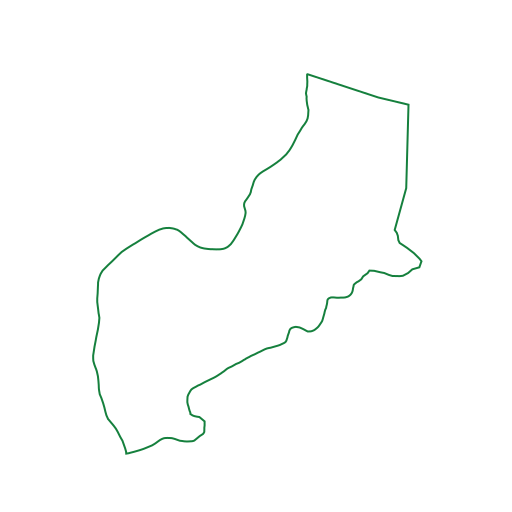 outline of Ti Riviere, Micoud, Saint Lucia, rotated 74°
{"feature_id": "8701671B16268299103818", "entity_name": "Ti Riviere", "entity_type": "district", "adm_level": 2, "iso_a3": "LCA", "parent_name": "Saint Lucia", "parent_adm1": "Micoud", "projection": "natural_earth1", "projection_center": [-60.937, 13.83], "detail": "fine", "context": "isolated", "style": "outline", "palette": "green", "viewbox_px": 512, "rotation_deg": 74, "n_neighbors": 0, "source": "geoboundaries", "source_scale": "gbopen_adm2", "svg_char_len": 5387}
<svg xmlns="http://www.w3.org/2000/svg" viewBox="0 0 512 512"><g transform="rotate(74 256 256)"><path d="M95.5,156.3L95.6,156.8L97.2,157.3L98.7,157.7L102.6,158.6L104.7,159.3L106.7,159.9L107.9,160.5L109.3,161.2L109.9,161.4L111.2,162.1L113.3,163.1L115.0,163.3L116.8,163.4L118.5,164.0L119.0,164.1L120.8,164.5L124.9,165.1L127.4,165.2L128.8,165.3L130.0,165.3L131.7,165.9L132.8,166.3L135.1,167.1L138.0,168.5L139.8,169.9L140.4,170.4L142.7,173.0L142.9,173.3L144.2,175.1L145.5,176.7L147.8,179.1L150.7,182.4L155.2,186.3L159.2,190.0L160.0,190.8L161.7,192.6L163.9,195.1L164.5,196.0L166.7,199.0L167.9,201.4L168.1,201.7L168.5,202.6L170.2,205.9L171.3,208.8L171.8,210.0L173.1,213.8L174.4,217.8L175.4,221.4L176.6,226.0L177.6,229.0L178.5,231.0L180.1,233.6L182.2,236.1L184.1,237.7L185.8,238.8L187.1,239.6L187.8,240.1L190.6,242.1L193.3,243.5L193.9,244.0L195.0,244.8L196.1,246.1L197.5,247.7L199.3,249.9L200.4,251.4L201.8,252.6L203.0,253.2L204.8,253.7L206.2,253.7L209.8,253.7L211.2,254.0L211.7,254.1L214.2,255.3L216.7,256.8L219.3,258.6L221.9,260.4L224.4,262.6L227.8,265.8L229.3,267.3L229.8,267.8L232.1,270.3L234.3,272.7L235.4,274.0L237.7,277.0L239.2,280.1L239.6,281.3L239.9,282.9L240.0,283.3L240.1,285.2L239.9,287.0L239.7,288.5L238.9,291.5L238.7,292.3L237.3,296.5L236.9,297.9L236.1,300.0L234.5,303.7L233.5,305.5L232.4,307.3L230.5,309.5L228.4,311.5L226.0,313.1L225.6,313.3L223.4,314.7L222.1,315.5L219.9,316.9L219.1,317.4L217.6,318.2L214.8,320.1L212.6,321.5L210.7,322.9L210.3,323.3L209.1,324.4L208.2,325.8L207.4,326.9L206.5,328.5L205.7,330.3L205.1,331.6L204.8,332.9L204.3,334.8L203.9,337.7L204.0,340.2L204.0,341.6L204.7,346.0L205.4,349.3L205.7,350.7L206.5,353.7L207.3,357.1L207.9,359.5L208.7,362.5L210.5,368.6L211.0,370.8L212.0,374.3L213.2,378.4L213.6,379.6L215.1,384.0L216.7,387.1L217.0,387.7L217.2,388.1L219.2,391.7L221.5,395.9L223.9,400.6L226.1,404.5L227.7,407.4L229.7,409.6L230.6,410.5L231.5,411.2L232.0,411.6L234.0,413.0L234.6,413.4L235.0,413.6L237.9,415.1L240.5,415.9L241.3,416.2L245.5,417.6L248.5,418.6L253.0,420.3L256.5,421.3L263.5,422.4L267.7,423.1L269.1,423.2L272.3,423.6L276.5,425.2L277.0,425.4L283.2,428.3L284.9,429.2L288.1,430.9L290.4,432.1L293.1,433.4L298.6,436.2L302.3,437.9L306.2,439.7L306.9,440.0L309.8,440.8L312.1,441.3L315.9,441.3L319.8,441.0L320.3,440.9L323.0,440.8L328.0,441.1L330.9,441.6L331.5,441.7L332.6,441.9L336.5,442.7L339.3,443.4L340.7,443.7L342.2,443.9L345.8,444.3L349.8,443.8L355.4,443.5L359.8,443.5L364.3,443.7L365.4,443.7L368.0,443.7L371.4,443.2L371.8,443.2L372.6,442.8L375.8,441.4L380.1,439.5L383.3,438.3L386.9,437.4L392.3,436.4L394.4,435.9L396.7,435.3L399.9,435.1L403.3,434.9L404.8,434.8L406.9,434.8L408.0,434.8L408.7,434.9L410.2,435.2L410.5,432.7L410.5,431.4L410.5,430.6L410.6,427.6L410.6,425.2L410.6,421.7L410.5,418.7L410.4,417.0L410.2,415.1L409.9,412.4L409.6,409.8L409.4,408.1L408.6,405.1L408.1,403.6L407.2,401.2L406.4,398.9L405.9,396.4L405.8,394.6L406.0,393.3L406.4,391.6L407.1,389.3L407.9,387.1L408.6,385.9L409.6,384.3L410.9,382.5L412.6,380.1L413.6,377.7L414.4,376.0L415.2,373.7L415.6,372.2L416.0,370.4L416.4,368.6L416.5,367.4L416.4,366.1L415.8,364.8L415.4,363.8L414.1,360.9L413.5,359.5L412.9,357.4L412.4,355.9L411.5,354.8L410.8,354.2L409.2,353.7L408.0,353.3L407.1,353.1L404.7,352.1L400.8,351.0L395.2,354.8L394.1,357.2L392.9,359.4L391.7,361.0L390.7,361.8L389.9,362.6L388.2,362.3L386.6,362.5L384.6,362.5L382.2,362.4L379.9,362.5L377.6,362.3L375.3,361.6L372.4,360.6L370.6,359.3L368.6,357.3L367.7,356.4L366.5,354.9L365.8,353.0L365.5,351.7L365.1,349.7L364.5,347.3L364.3,345.2L363.8,343.0L363.2,340.4L362.7,337.7L362.3,335.3L361.9,333.1L361.5,330.6L361.0,328.2L360.4,326.0L359.8,324.1L359.1,321.8L358.7,320.8L358.0,318.6L357.3,317.0L356.5,315.1L356.1,313.7L355.9,312.6L355.6,310.4L355.4,309.3L354.7,306.5L354.3,304.9L354.0,301.7L353.1,298.0L352.6,296.6L352.3,295.0L351.9,294.0L351.4,291.6L351.2,290.4L350.7,288.5L350.3,285.7L350.2,284.6L349.7,282.1L349.4,280.6L349.1,278.4L348.7,276.4L348.3,274.3L348.1,273.1L347.9,271.0L348.0,269.0L348.2,267.3L348.2,265.2L348.2,263.2L348.2,262.0L348.2,261.2L348.2,259.6L348.1,257.5L347.8,255.8L347.6,254.5L347.4,253.2L347.1,252.1L346.7,251.2L345.8,250.2L343.0,248.3L341.5,247.5L340.1,246.5L338.6,245.4L337.0,244.5L335.9,243.5L335.4,242.7L335.0,241.5L334.9,240.0L334.9,239.3L335.0,237.7L335.3,236.7L335.8,235.7L336.6,234.0L337.1,233.3L338.2,232.0L338.8,231.3L339.7,230.3L340.5,229.5L341.5,228.5L342.8,227.1L343.1,226.0L343.5,224.3L343.6,223.2L343.4,221.0L343.0,219.6L342.5,218.4L341.7,216.6L341.0,215.4L340.0,214.1L339.4,213.4L338.9,212.8L338.0,211.7L337.0,210.6L336.7,210.3L334.6,208.9L334.2,208.7L331.8,207.2L330.2,206.2L328.5,205.3L326.7,204.2L325.2,202.9L324.1,202.4L322.2,201.3L320.8,200.6L319.3,200.0L318.1,199.5L317.3,198.7L316.8,197.7L316.5,195.6L316.7,194.5L317.0,193.4L317.5,192.0L318.0,190.8L318.5,189.5L319.0,187.7L319.4,185.7L320.0,183.8L320.4,181.7L320.4,179.6L320.3,178.5L319.9,177.2L319.3,175.9L318.6,174.9L317.8,174.0L316.7,173.1L315.1,172.2L313.9,171.7L312.0,170.6L310.9,170.1L310.3,169.4L309.7,168.1L309.0,166.4L308.6,164.4L307.4,161.2L305.1,158.6L303.3,153.5L301.3,151.0L302.8,146.5L306.0,140.8L307.7,137.4L310.8,133.5L312.8,130.4L315.0,123.3L315.5,120.2L314.3,114.5L311.9,109.4L311.9,104.1L311.9,102.1L306.7,98.4L303.8,99.5L296.8,103.4L289.9,108.5L286.2,111.6L283.1,114.3L280.0,114.8L275.7,114.1L272.5,114.3L269.2,115.5L232.2,92.9L152.6,67.7L137.3,94.8L95.5,156.3Z" fill="none" stroke="#15803d" stroke-width="2"/></g></svg>